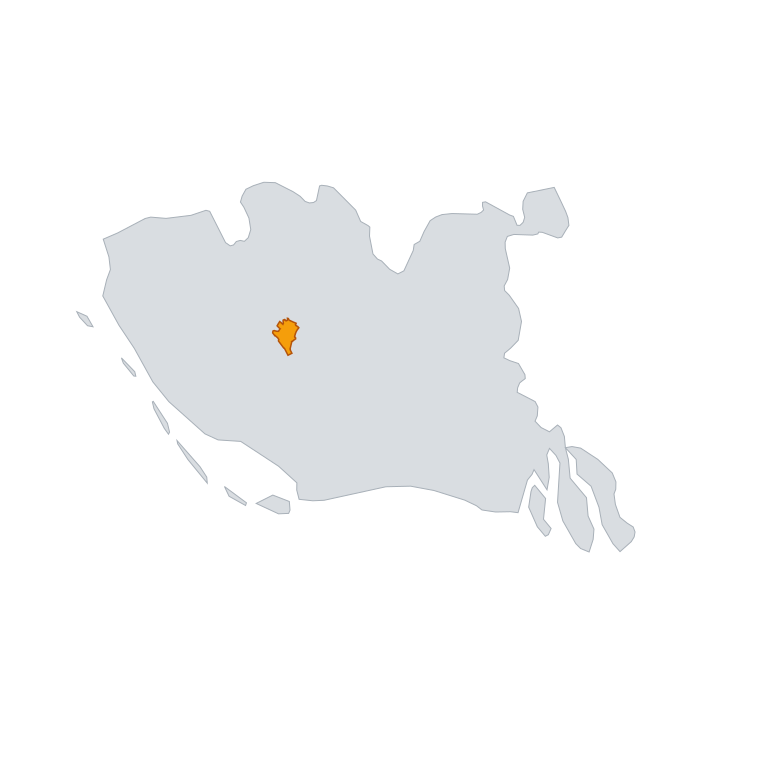 Kampen, Overijssel, Netherlands shown in context, rotated 243°
{"feature_id": "6326949B29767545609349", "entity_name": "Kampen", "entity_type": "district", "adm_level": 2, "iso_a3": "NLD", "parent_name": "Netherlands", "parent_adm1": "Overijssel", "projection": "equal_earth", "projection_center": [5.959, 52.551], "detail": "fine", "context": "in_parent", "style": "filled", "palette": "amber", "viewbox_px": 768, "rotation_deg": 243, "n_neighbors": 0, "source": "geoboundaries", "source_scale": "gbopen_adm2", "svg_char_len": 5881}
<svg xmlns="http://www.w3.org/2000/svg" viewBox="0 0 768 768"><g transform="rotate(243 384 384)"><path d="M481.9,624.9L468.2,624.6L455.4,624.2L448.7,623.4L441.5,620.8L441.4,620.8L438.2,615.4L434.2,609.0L435.3,605.1L447.3,593.9L449.1,590.8L447.9,589.2L449.1,584.2L458.3,567.6L459.5,560.9L455.4,556.3L449.5,553.5L430.2,548.6L421.0,541.6L416.8,535.6L412.5,533.9L406.2,535.9L390.2,538.2L377.3,534.9L362.0,523.4L358.5,513.2L356.7,505.4L352.9,502.7L347.7,506.7L341.2,513.1L328.3,513.8L324.7,512.3L324.1,508.8L323.4,505.4L319.9,501.3L316.1,498.9L299.7,510.7L293.6,510.7L286.0,506.1L282.3,501.7L273.9,504.2L266.3,509.7L268.7,520.0L264.7,521.8L255.4,520.9L244.9,516.7L233.3,514.1L215.6,507.1L190.8,512.8L173.7,505.9L159.4,505.2L150.6,499.8L141.2,490.5L148.1,484.5L154.7,482.4L180.8,481.2L199.8,484.9L233.7,504.9L242.3,504.8L251.5,502.2L246.9,496.8L238.4,494.2L225.8,488.8L215.7,481.2L239.6,478.8L236.3,474.9L233.3,468.2L208.5,445.0L212.8,438.7L219.3,425.3L227.3,414.1L233.6,411.1L243.9,403.2L266.5,380.1L280.9,361.3L291.6,339.0L307.6,277.8L312.3,267.5L319.8,256.0L329.1,258.1L335.5,261.5L358.5,252.8L397.9,230.3L409.5,210.8L420.9,201.8L465.9,184.3L490.8,179.0L529.1,177.7L556.8,174.5L590.1,173.4L602.8,184.2L610.2,192.2L622.1,196.6L640.5,199.6L639.5,215.3L639.9,246.3L638.6,251.9L630.5,265.0L621.9,288.6L619.6,304.2L617.0,307.1L581.9,307.0L576.9,309.7L576.2,313.1L578.0,317.1L577.2,321.1L574.5,324.4L576.0,329.5L582.1,335.4L593.2,339.0L605.1,339.4L611.3,338.7L615.8,342.9L620.2,349.4L620.0,357.6L618.3,368.5L612.7,378.6L596.6,390.3L589.3,394.5L582.5,396.6L579.2,399.7L577.7,403.6L578.1,407.1L589.7,416.5L589.4,418.6L586.1,423.5L581.7,428.1L551.8,437.7L539.4,437.0L532.4,441.7L530.2,442.6L522.3,438.2L504.9,433.2L498.3,434.9L494.7,437.7L483.7,441.1L475.8,446.3L475.8,453.1L489.7,470.7L494.6,474.2L494.9,480.7L501.7,489.0L508.6,499.3L509.3,505.9L508.6,512.6L505.0,522.0L492.9,544.2L492.8,548.5L493.8,551.7L497.9,552.6L501.1,554.3L500.2,557.2L477.5,572.7L474.6,575.4L465.0,574.6L463.6,577.2L464.9,581.4L468.6,585.0L476.7,586.9L483.6,590.9L489.2,598.5L481.9,624.9ZM244.9,516.7L242.9,523.1L237.6,530.1L219.7,540.3L201.1,547.0L191.5,546.2L185.0,542.7L181.6,539.0L171.7,535.5L158.1,533.7L149.6,537.5L143.5,541.1L138.2,540.5L134.2,537.5L131.3,532.8L127.5,518.2L137.7,515.5L159.6,514.5L176.6,519.6L198.9,522.1L216.1,515.1L229.5,521.0L244.9,516.7ZM208.6,457.0L221.5,466.2L224.3,469.1L225.3,472.3L208.6,476.0L191.1,464.7L179.4,467.3L175.1,462.0L175.1,458.6L187.2,455.8L208.6,457.0ZM335.5,234.5L322.3,246.3L314.3,243.0L312.0,240.3L316.2,231.1L335.6,215.9L335.5,234.5ZM393.8,182.5L381.5,183.8L375.9,181.5L405.6,175.0L424.3,173.0L427.6,173.9L393.8,182.5ZM473.3,170.5L447.3,173.2L438.5,171.1L437.1,169.2L444.2,168.1L466.3,167.8L473.2,169.5L473.3,170.5ZM365.1,195.3L340.6,207.5L338.6,205.5L354.3,195.0L365.1,195.3ZM579.2,150.1L567.1,150.7L570.5,146.3L581.8,143.1L587.9,143.1L579.2,150.1ZM526.5,161.9L508.1,167.5L503.6,166.4L504.7,164.7L520.9,161.2L526.5,161.9Z" fill="#d9dde1" stroke="#a8b0b8" stroke-width="1"/><path d="M464.6,326.4L465.1,326.2L465.6,326.0L465.7,325.9L466.2,325.7L466.4,325.9L466.5,325.8L466.8,325.9L466.8,326.0L467.0,326.1L467.4,326.3L467.5,326.4L467.5,326.5L467.8,326.7L468.0,326.9L468.3,327.2L468.4,327.3L468.5,327.4L468.6,327.5L468.8,327.7L469.0,327.8L469.2,328.1L469.3,328.1L469.4,328.3L469.5,328.4L469.8,328.7L470.0,328.9L470.2,329.2L470.3,329.3L470.5,329.6L470.7,329.8L470.9,330.2L471.3,330.7L471.4,330.9L471.6,331.2L471.6,331.3L471.8,331.6L471.9,331.8L472.1,332.3L472.3,332.6L472.3,332.8L472.5,333.1L472.6,333.3L472.7,333.6L472.8,333.7L473.0,333.6L473.3,333.5L473.5,333.4L473.8,333.3L474.1,333.2L474.2,333.3L474.3,333.3L474.5,333.2L474.8,332.9L475.0,332.8L475.2,332.7L475.3,332.6L475.5,332.5L475.5,332.4L475.8,332.2L476.0,332.1L476.3,332.0L476.5,332.0L476.9,332.0L477.0,332.1L477.3,332.2L477.3,332.3L478.0,333.3L478.2,333.2L478.6,332.8L478.8,332.7L478.7,332.7L479.1,332.4L479.8,331.8L480.3,331.3L480.9,330.9L481.5,330.4L481.8,330.2L482.0,330.0L482.4,329.7L482.7,329.4L482.8,329.4L482.9,329.2L483.2,329.1L483.3,328.9L483.6,328.7L483.8,328.6L484.0,328.5L484.3,328.4L484.5,328.4L484.8,328.5L485.0,328.5L485.7,328.5L485.8,328.4L486.0,328.3L486.1,328.2L486.4,327.8L486.1,327.7L485.9,327.6L485.6,327.4L485.4,327.3L485.1,327.1L484.9,326.9L484.8,326.6L484.7,326.6L484.7,326.4L484.6,326.2L484.6,325.9L484.7,325.7L484.8,325.5L484.8,325.4L485.1,325.1L485.7,324.9L485.8,324.8L485.9,325.0L486.0,325.0L486.3,325.0L486.5,324.9L486.7,324.4L486.7,324.2L486.7,323.9L486.7,323.3L486.7,323.1L486.4,322.9L486.1,322.8L485.9,322.7L485.6,322.6L485.3,322.4L485.2,322.4L484.9,322.3L484.6,322.2L484.3,322.1L484.1,322.0L483.9,322.0L483.7,321.9L483.6,321.7L483.4,321.5L483.4,321.4L483.3,321.2L483.1,321.0L485.1,320.3L485.0,320.2L487.0,319.5L486.9,319.3L486.8,319.2L486.7,318.8L486.5,318.6L486.2,318.1L486.0,317.7L485.9,317.6L485.7,317.3L485.7,317.2L485.4,316.8L485.4,316.7L485.2,316.5L485.0,316.2L484.9,315.9L484.4,315.2L484.2,315.2L483.7,315.3L482.6,315.7L482.4,315.8L482.2,315.8L481.3,316.1L480.4,316.5L480.4,316.4L480.2,316.2L480.1,315.9L479.8,315.5L479.7,315.3L479.2,314.4L479.0,314.2L479.0,313.9L478.9,313.9L478.9,313.7L479.0,313.5L479.1,313.3L479.3,313.1L479.5,312.9L479.7,312.5L479.7,312.4L479.8,312.2L480.0,312.0L480.0,311.9L480.4,311.6L480.6,311.3L480.8,311.0L480.9,310.9L481.0,310.9L481.2,310.7L481.3,310.6L481.5,310.4L481.5,310.1L481.6,309.8L481.6,309.7L481.6,309.1L480.1,308.0L476.7,308.6L476.8,308.9L474.7,309.7L473.7,310.2L471.5,310.5L470.8,309.8L470.1,309.5L461.5,311.0L461.1,311.5L453.2,311.5L453.2,315.6L453.2,315.9L456.5,315.9L456.8,315.9L457.0,316.0L457.4,316.1L457.5,316.1L457.8,316.2L457.8,316.3L458.0,316.3L458.2,316.5L463.4,320.9L463.6,321.8L463.7,321.7L463.7,321.8L463.8,321.8L463.8,322.0L463.7,322.1L463.9,323.3L464.0,323.4L464.2,324.2L464.1,324.7L464.3,325.3L464.4,325.5L464.3,325.8L464.6,326.1L464.7,326.3L464.6,326.4Z" fill="#f59e0b" stroke="#b45309" stroke-width="1.5"/></g></svg>